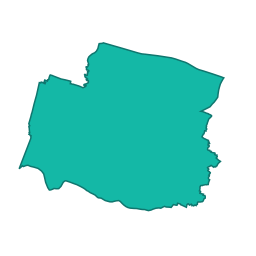 the district of Samraong, Takêv, Cambodia, rotated 103°
{"feature_id": "14789045B98729141665077", "entity_name": "Samraong", "entity_type": "district", "adm_level": 2, "iso_a3": "KHM", "parent_name": "Cambodia", "parent_adm1": "Takêv", "projection": "robinson", "projection_center": [104.774, 11.131], "detail": "fine", "context": "isolated", "style": "filled", "palette": "teal", "viewbox_px": 256, "rotation_deg": 103, "n_neighbors": 0, "source": "geoboundaries", "source_scale": "gbopen_adm2", "svg_char_len": 5738}
<svg xmlns="http://www.w3.org/2000/svg" viewBox="0 0 256 256"><g transform="rotate(103 128 128)"><path d="M50.6,171.2L51.3,172.1L51.8,173.7L52.3,175.1L54.6,175.2L57.3,175.2L60.3,176.1L62.2,177.4L63.8,179.5L66.0,181.2L67.6,182.2L69.6,182.6L71.3,182.6L74.7,180.7L75.5,181.2L76.0,180.7L76.5,180.9L77.0,181.0L77.6,181.3L77.6,181.9L77.8,182.5L78.4,182.4L78.6,181.8L79.2,181.9L79.8,181.8L80.3,181.7L80.7,181.3L80.5,180.8L80.5,180.2L80.9,179.7L80.9,179.2L81.4,179.0L81.9,179.6L82.1,180.1L82.6,180.1L82.9,179.5L83.8,179.6L84.2,179.9L84.7,179.7L85.2,179.5L85.8,179.5L86.1,180.1L85.8,180.8L85.6,181.4L85.4,182.0L85.9,182.3L86.3,182.0L86.8,181.6L87.4,181.6L88.5,180.7L88.5,180.1L88.7,179.5L89.0,179.1L89.3,178.6L89.8,178.9L90.2,179.5L90.7,179.2L91.0,178.6L90.7,178.1L90.7,177.5L91.2,177.1L91.7,177.2L92.3,176.9L92.9,177.0L93.3,177.5L93.8,177.9L94.1,178.4L94.5,178.9L94.8,179.6L95.5,180.6L96.1,180.7L96.2,180.1L96.0,179.6L95.8,179.0L96.1,178.4L96.7,178.5L97.2,178.9L97.4,179.5L97.9,179.5L98.2,180.0L98.4,180.5L98.9,180.9L98.7,182.0L98.5,183.0L98.3,183.9L98.3,184.5L98.1,185.2L98.0,187.1L97.9,187.8L97.9,188.6L97.8,189.5L97.8,190.2L97.6,190.8L97.8,191.3L97.8,192.1L97.7,192.9L97.7,193.5L97.8,194.2L95.4,194.3L95.3,195.0L95.2,200.0L95.3,204.2L94.2,212.0L93.9,213.6L93.8,215.7L94.8,216.0L95.8,216.1L96.5,216.2L97.7,216.2L98.4,216.1L99.1,217.1L99.8,217.0L100.4,217.1L100.3,217.8L100.2,218.3L100.0,219.9L100.8,220.0L101.3,220.0L101.9,220.1L102.0,219.2L102.1,218.6L102.6,218.7L103.5,218.8L103.4,219.6L103.3,220.2L103.1,221.0L102.9,221.4L102.8,222.2L102.8,222.9L103.4,222.9L103.8,223.4L103.7,223.9L103.7,224.6L114.7,224.5L116.9,224.5L120.9,224.7L125.9,224.9L134.5,225.0L136.0,225.2L138.9,225.2L146.1,225.6L147.5,224.7L147.9,224.3L148.3,224.8L149.2,224.9L149.7,224.4L152.7,223.5L153.2,223.3L153.8,223.1L154.6,223.3L154.8,222.7L155.3,222.8L156.4,223.1L156.5,222.4L156.9,221.9L157.4,221.5L157.3,220.8L157.8,220.7L158.4,220.7L159.3,220.4L160.4,220.4L192.2,224.9L190.7,223.8L189.5,223.0L188.6,222.4L189.1,221.4L188.5,220.4L187.5,218.9L186.8,217.1L187.3,214.4L187.3,210.8L187.6,206.5L189.4,202.5L191.7,199.8L195.3,198.0L199.5,196.0L204.2,192.7L206.1,190.7L205.7,189.4L204.4,187.4L203.6,186.6L203.3,184.1L202.7,181.9L200.0,180.2L195.5,178.9L194.1,177.9L193.4,176.7L193.8,172.3L194.4,167.9L194.7,165.1L195.7,160.9L196.6,157.7L197.4,155.7L198.2,154.3L198.5,152.7L199.5,150.2L200.1,147.4L200.8,144.8L202.0,142.9L202.7,141.3L202.5,139.7L202.4,138.2L203.0,136.5L203.8,133.9L203.9,132.0L204.0,129.1L203.5,126.7L202.5,124.9L201.6,123.0L200.8,120.7L201.3,119.0L202.7,116.9L203.9,114.9L205.0,112.4L205.5,110.3L205.6,108.1L205.1,104.5L204.5,101.4L204.4,98.8L204.2,95.9L203.7,93.4L203.8,92.1L203.9,89.5L202.7,87.0L201.4,85.3L200.1,83.1L199.8,82.5L198.9,79.9L198.8,78.3L198.4,77.5L197.4,76.5L196.1,74.7L196.4,73.1L195.8,69.7L195.7,68.1L192.4,66.5L192.4,64.5L192.3,63.3L192.1,62.8L190.2,62.8L190.3,59.8L190.9,59.4L191.0,58.6L192.1,53.3L189.4,53.3L188.6,52.8L188.3,52.2L188.6,51.7L189.3,50.8L188.6,49.8L188.0,49.3L188.2,48.9L189.3,48.2L188.8,47.6L189.0,47.0L189.1,46.4L188.2,45.9L188.1,45.2L188.2,44.2L187.7,44.3L187.2,43.8L186.9,43.3L186.4,43.2L185.8,43.5L185.3,43.5L184.3,43.1L183.9,41.1L183.5,40.2L183.3,39.7L183.2,39.2L182.3,38.4L181.8,38.3L179.8,38.0L179.4,37.4L179.0,37.0L178.3,37.1L177.7,37.3L177.2,37.4L176.5,37.9L176.6,38.6L176.6,39.8L176.0,39.8L175.5,39.7L175.5,41.2L175.5,42.0L175.5,43.3L174.9,43.4L174.3,42.9L173.7,42.9L173.3,43.2L173.3,43.8L173.2,44.3L172.3,44.2L171.6,44.2L170.5,44.3L170.0,44.4L169.5,44.7L169.0,44.6L168.3,44.3L167.8,44.3L167.5,43.7L167.4,42.7L167.0,42.4L166.4,41.0L166.1,40.5L165.9,40.0L165.7,39.5L165.7,38.8L165.2,37.7L165.0,37.1L164.4,37.2L163.9,37.2L163.1,37.2L162.6,37.3L162.0,37.1L161.5,37.1L160.1,36.8L159.9,37.5L159.5,38.0L159.0,38.3L158.3,38.5L157.8,38.5L157.1,38.1L156.6,38.0L156.1,38.0L155.9,38.6L155.4,38.3L155.0,38.5L154.4,38.3L154.0,37.8L153.6,38.1L152.9,37.9L152.7,38.5L152.3,38.8L152.1,39.4L152.1,39.9L151.4,40.7L150.8,40.5L150.4,40.2L149.9,40.0L149.5,40.6L149.3,41.1L148.8,41.6L148.2,41.2L147.7,40.9L147.4,40.4L147.1,39.8L146.7,39.4L146.2,39.2L145.7,38.6L146.2,37.5L146.5,36.9L146.6,36.4L146.9,35.7L146.3,35.4L146.4,34.6L146.2,33.8L145.3,33.5L145.0,32.9L143.7,32.6L143.2,32.5L141.6,31.8L141.2,31.4L140.2,30.7L139.7,30.4L139.5,31.1L139.0,32.5L138.7,33.1L138.3,33.7L138.0,34.2L137.7,35.1L137.3,35.3L136.6,35.0L136.1,34.6L135.3,34.7L135.1,35.5L134.4,35.5L134.7,36.1L134.6,37.0L134.4,37.5L133.9,37.3L133.5,37.5L133.0,37.5L132.8,38.1L132.9,38.8L132.9,39.7L132.9,41.7L132.1,41.7L132.1,43.0L131.4,43.3L131.4,44.1L131.7,44.6L131.4,45.3L131.0,45.7L130.2,45.7L129.4,45.9L129.0,45.6L128.4,45.4L128.1,44.9L127.2,44.8L126.8,45.2L126.8,46.0L126.4,46.3L125.5,46.3L125.1,45.4L124.8,45.0L124.3,45.4L124.1,46.1L123.6,45.9L123.5,46.5L122.9,46.5L122.5,47.0L122.0,46.9L121.9,47.5L121.7,49.1L121.4,49.8L121.3,50.3L121.3,51.0L121.1,51.6L120.8,52.2L120.6,52.9L120.0,53.9L119.4,53.8L118.9,53.7L117.9,53.4L117.2,53.4L116.8,52.8L115.5,52.6L115.0,52.6L114.4,52.7L113.5,52.7L113.5,52.0L113.4,51.4L113.0,51.6L111.9,51.2L111.4,51.0L110.8,51.3L110.5,51.9L109.9,51.9L109.3,51.9L108.8,51.8L108.3,52.2L107.7,52.1L107.1,52.0L106.2,51.8L104.8,51.8L104.1,51.7L103.6,51.6L102.3,51.5L101.8,51.4L100.9,51.2L100.3,50.9L99.4,50.1L98.6,49.7L98.0,49.4L97.5,49.2L97.0,49.5L96.8,50.3L96.6,50.8L96.4,51.6L96.4,52.5L96.0,53.0L96.0,53.5L95.9,54.3L95.9,55.0L95.7,56.0L95.5,56.7L95.4,57.9L95.2,59.0L95.3,60.6L88.8,52.8L85.7,51.3L83.5,49.9L81.1,48.8L77.8,47.5L74.5,47.9L70.7,48.2L67.2,48.1L64.3,47.9L61.5,47.2L58.8,46.4L57.6,45.9L57.2,48.7L56.3,57.7L55.5,67.0L55.2,72.1L54.6,75.1L51.7,84.2L51.1,86.9L50.8,90.5L50.1,97.2L49.9,101.4L50.9,115.1L52.2,127.4L52.7,131.3L52.6,135.6L52.1,143.9L51.6,152.4L51.0,163.8L50.6,171.2Z" fill="#14b8a6" stroke="#0f766e" stroke-width="1.5"/></g></svg>